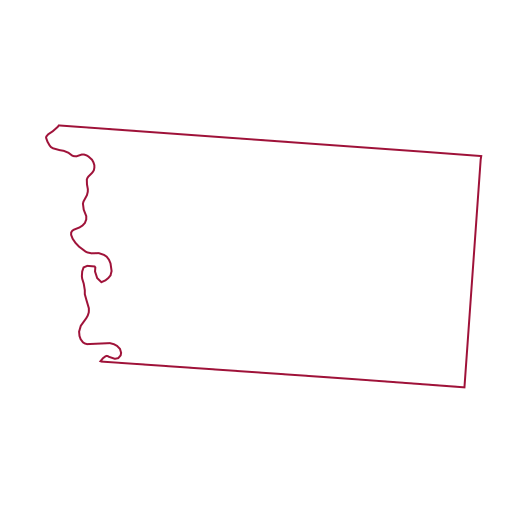 outline of Pottawattamie, Iowa, United States of America, rotated 4°
{"feature_id": "52423323B19646678689776", "entity_name": "Pottawattamie", "entity_type": "district", "adm_level": 2, "iso_a3": "USA", "parent_name": "United States of America", "parent_adm1": "Iowa", "projection": "mercator", "projection_center": [-95.883, 41.333], "detail": "fine", "context": "isolated", "style": "outline", "palette": "rose", "viewbox_px": 512, "rotation_deg": 4, "n_neighbors": 0, "source": "geoboundaries", "source_scale": "gbopen_adm2", "svg_char_len": 1462}
<svg xmlns="http://www.w3.org/2000/svg" viewBox="0 0 512 512"><g transform="rotate(4 256 256)"><path d="M473.7,140.6L416.0,140.3L300.9,140.1L137.3,139.7L50.2,139.5L49.3,140.9L44.6,145.7L40.2,149.1L38.6,151.3L38.3,152.2L38.5,153.1L40.0,156.5L42.4,160.1L43.8,161.6L45.9,162.7L52.8,164.1L56.9,164.5L61.7,166.1L65.7,168.7L67.2,169.1L69.9,169.1L75.2,166.9L77.5,166.8L80.1,167.5L82.0,168.5L85.7,171.4L87.3,173.9L88.4,176.7L88.6,179.1L88.3,181.6L87.6,183.1L86.6,184.6L83.2,188.5L82.4,189.9L81.9,191.5L82.4,196.4L83.6,201.1L83.7,203.7L83.1,207.1L80.1,213.7L79.7,215.9L80.0,217.3L80.9,221.8L83.9,228.1L84.1,231.4L83.0,235.0L80.8,237.7L78.0,239.8L72.4,242.5L71.0,243.6L70.0,245.4L70.1,247.8L71.9,251.6L75.0,255.5L78.8,259.0L85.7,263.5L87.5,264.2L91.7,264.8L99.0,264.1L104.3,265.5L107.1,267.1L109.6,270.0L111.4,273.6L113.0,281.1L112.3,285.0L112.3,285.4L110.2,288.3L107.5,290.8L103.6,292.9L99.1,289.1L96.5,282.7L96.5,278.6L95.7,277.7L88.4,277.6L84.8,279.4L83.7,283.5L83.7,284.7L83.7,288.3L84.2,290.8L86.0,295.4L86.3,296.5L87.6,302.0L87.9,306.1L90.0,312.0L92.9,319.8L93.1,322.5L93.1,324.0L92.3,327.2L91.0,329.9L86.1,337.8L84.8,343.8L85.5,348.1L86.9,351.3L89.4,354.2L91.3,355.2L93.7,355.7L116.3,353.1L120.4,353.9L123.7,355.4L126.8,358.2L128.2,362.0L127.9,364.6L125.7,367.5L122.4,368.4L116.2,366.8L115.1,366.2L113.9,366.1L112.8,366.6L110.5,368.6L108.2,371.8L109.3,372.1L358.1,372.0L473.1,372.5L473.4,144.1L473.7,140.6Z" fill="none" stroke="#9f1239" stroke-width="2"/></g></svg>